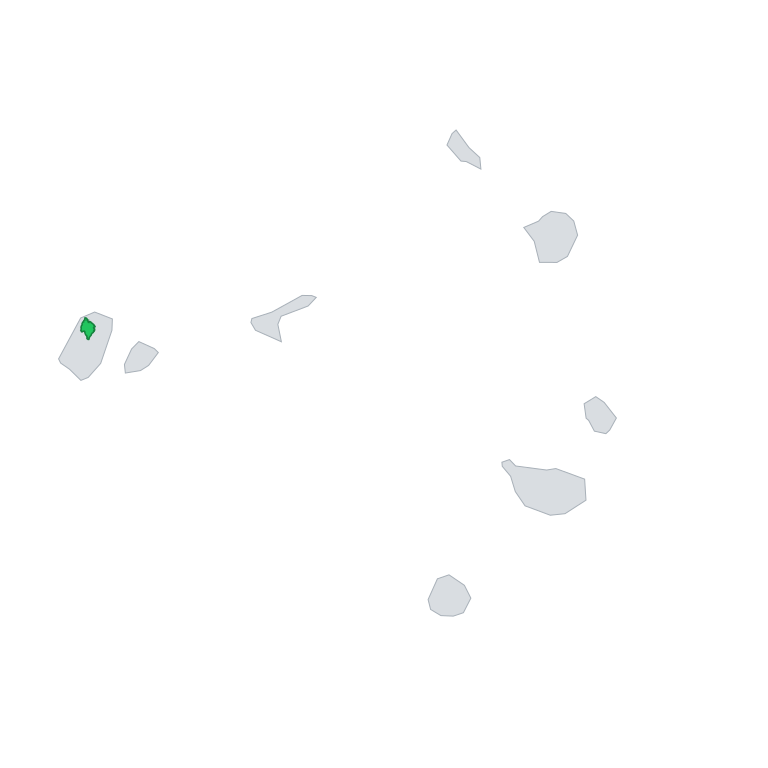 location of Santo Crucifixo, Ribeira Grande, Cabo Verde, rotated 324°
{"feature_id": "66160863B26577257957631", "entity_name": "Santo Crucifixo", "entity_type": "district", "adm_level": 2, "iso_a3": "CPV", "parent_name": "Cabo Verde", "parent_adm1": "Ribeira Grande", "projection": "mercator", "projection_center": [-25.106, 17.131], "detail": "fine", "context": "in_parent", "style": "filled", "palette": "green", "viewbox_px": 768, "rotation_deg": 324, "n_neighbors": 0, "source": "geoboundaries", "source_scale": "gbopen_adm2", "svg_char_len": 4512}
<svg xmlns="http://www.w3.org/2000/svg" viewBox="0 0 768 768"><g transform="rotate(324 384 384)"><path d="M490.4,578.9L479.1,596.7L454.2,595.3L441.4,587.9L426.5,565.5L427.0,548.2L432.2,533.1L431.3,520.1L433.4,516.6L441.1,518.9L442.3,527.7L465.0,549.2L473.3,553.4L490.4,578.9ZM166.9,200.8L148.6,204.8L140.9,202.9L138.3,187.3L134.7,177.0L135.5,172.4L177.4,152.3L192.2,155.7L202.5,171.7L195.5,180.6L166.9,200.8ZM589.1,339.5L604.8,343.1L610.7,341.8L620.7,342.6L631.3,352.9L633.3,363.7L628.1,377.4L607.4,388.6L595.4,387.3L581.3,377.0L589.4,356.9L589.1,339.5ZM328.4,608.3L313.8,615.7L303.6,612.5L293.9,604.8L289.2,593.8L293.0,584.3L312.7,573.0L324.4,576.6L330.7,594.1L328.4,608.3ZM369.8,264.2L377.5,270.0L380.1,274.1L368.5,276.3L340.6,268.7L333.2,273.3L325.8,289.5L311.6,265.0L312.5,256.0L315.6,253.4L335.4,259.9L369.8,264.2ZM539.6,553.9L534.3,554.6L526.5,545.8L528.2,533.7L527.4,530.5L534.3,517.6L547.9,518.7L551.3,528.3L552.0,548.1L539.6,553.9ZM219.9,225.9L204.5,230.6L194.9,230.0L181.2,223.1L185.5,215.6L200.4,207.3L210.6,205.6L219.0,220.4L219.9,225.9ZM594.6,257.1L588.7,267.1L581.3,252.4L577.3,248.9L575.4,227.7L586.3,221.4L591.6,220.9L591.7,242.8L594.6,257.1Z" fill="#d9dde1" stroke="#a8b0b8" stroke-width="1"/><path d="M173.5,159.0L173.3,159.1L173.2,159.2L173.1,159.3L172.9,159.4L172.8,159.5L172.6,159.8L172.4,159.9L172.3,160.0L172.2,160.0L172.0,160.7L171.8,160.8L171.8,161.0L171.6,161.2L171.5,161.3L171.4,161.5L171.1,161.7L171.0,161.8L170.9,161.9L170.8,162.0L170.5,162.2L170.3,162.3L170.4,162.5L170.3,162.8L170.4,163.0L170.1,163.3L170.0,163.5L170.0,163.8L170.0,164.0L170.3,164.3L170.6,164.5L170.8,164.5L171.2,164.5L171.4,164.4L171.8,164.6L172.1,164.8L172.3,164.9L172.5,164.9L172.6,165.0L172.7,165.3L172.7,165.5L172.8,165.7L172.7,165.8L172.4,166.0L172.3,166.3L172.3,166.6L172.2,166.8L172.1,167.0L171.9,167.3L171.9,167.5L171.8,167.9L171.8,168.0L171.7,168.2L171.7,168.3L171.6,168.5L171.6,169.1L171.7,169.3L171.6,169.7L171.6,169.8L171.9,170.1L171.9,170.3L171.6,170.6L171.5,170.9L171.5,171.1L171.4,171.2L171.5,171.5L171.4,171.9L171.3,172.0L170.9,172.0L170.6,172.2L170.6,172.3L170.5,172.6L170.4,172.8L170.4,173.0L170.5,173.2L170.5,173.3L170.7,173.7L170.8,173.8L170.8,174.0L171.2,174.3L171.3,174.4L171.5,174.3L171.7,174.2L171.9,174.2L172.0,174.2L172.4,173.5L172.6,173.4L173.7,172.9L174.3,172.7L175.8,172.4L176.4,171.8L176.5,171.7L176.9,171.7L177.1,171.6L177.3,171.5L177.4,171.4L177.6,171.4L177.8,171.3L178.0,171.3L178.3,171.4L178.5,171.4L178.8,171.3L179.0,171.4L179.3,171.3L179.6,171.1L179.8,170.9L180.0,170.7L180.0,170.8L180.0,171.0L180.4,171.0L180.5,171.0L180.7,170.9L180.8,170.8L180.9,170.7L181.0,170.6L181.4,170.5L181.5,170.4L181.6,170.2L181.8,170.1L181.9,169.9L182.0,169.7L182.2,169.4L182.0,169.2L181.9,169.1L181.8,168.9L181.9,168.7L181.9,168.4L182.0,168.2L182.1,168.3L182.1,168.2L182.3,168.2L182.4,167.8L182.4,167.6L182.5,167.6L182.6,167.8L182.8,167.8L183.0,167.7L183.3,167.6L183.6,167.9L183.8,167.8L184.0,167.7L183.9,167.4L183.9,167.2L184.0,167.0L184.1,166.8L184.1,166.7L184.0,166.8L183.9,166.7L184.0,166.6L183.9,166.5L183.8,166.4L183.7,166.4L183.6,166.2L183.7,165.9L183.8,165.8L183.9,165.6L184.0,165.5L184.0,165.4L184.0,165.2L184.0,164.9L183.9,164.7L183.9,164.4L183.8,164.1L183.7,164.0L183.7,163.9L183.7,163.7L183.7,163.4L183.6,163.2L183.4,162.9L183.2,162.8L183.2,162.6L183.2,162.2L183.2,161.9L183.3,161.8L183.3,161.7L183.2,161.6L183.0,161.4L182.9,161.3L182.8,161.1L182.9,160.9L182.8,160.7L182.7,160.4L182.3,160.2L182.1,160.2L181.8,160.3L181.8,160.5L181.6,160.6L181.4,160.8L181.3,160.7L181.2,160.5L181.1,160.4L181.2,160.2L181.2,159.8L181.3,159.7L181.2,159.5L181.3,159.3L181.3,159.2L181.5,159.0L181.5,158.9L181.5,158.7L181.8,158.4L181.7,158.3L181.7,158.2L181.8,158.2L181.7,158.1L181.7,157.9L181.8,157.9L181.8,157.7L182.0,157.5L182.0,157.4L182.0,157.2L181.9,157.2L182.0,157.1L182.0,156.8L182.0,156.7L182.0,156.4L181.9,156.4L181.9,156.1L181.9,155.9L181.8,155.6L181.7,155.4L181.4,155.2L181.2,154.9L181.0,154.7L180.9,154.7L180.8,154.8L180.7,154.9L180.7,155.1L180.5,155.3L180.4,155.4L180.2,155.5L179.9,155.6L179.8,155.9L179.6,155.9L179.5,156.0L179.4,156.1L179.4,156.3L179.2,156.2L178.9,156.3L178.7,156.3L178.4,156.3L178.3,156.5L178.2,156.5L177.9,156.6L177.7,156.7L177.4,156.8L177.2,156.9L177.2,157.0L177.0,156.9L176.9,156.9L176.6,156.9L176.5,157.1L176.3,157.1L176.2,157.1L175.9,157.3L175.7,157.4L175.4,157.5L175.2,157.7L175.0,158.0L174.9,158.1L174.8,158.4L174.7,158.4L174.6,158.5L174.4,158.6L174.3,158.8L174.2,158.9L173.9,159.0L173.6,159.0L173.5,159.0Z" fill="#22c55e" stroke="#15803d" stroke-width="1.5"/></g></svg>